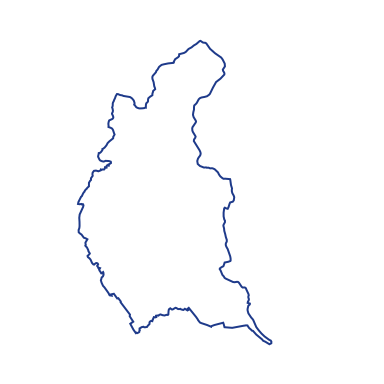 Bozovici, Caras-Severin, Romania (Robinson projection), rotated 12°
{"feature_id": "2599482B43426920958280", "entity_name": "Bozovici", "entity_type": "district", "adm_level": 2, "iso_a3": "ROU", "parent_name": "Romania", "parent_adm1": "Caras-Severin", "projection": "robinson", "projection_center": [21.961, 45.006], "detail": "fine", "context": "isolated", "style": "outline", "palette": "blue", "viewbox_px": 384, "rotation_deg": 12, "n_neighbors": 0, "source": "geoboundaries", "source_scale": "gbopen_adm2", "svg_char_len": 6007}
<svg xmlns="http://www.w3.org/2000/svg" viewBox="0 0 384 384"><g transform="rotate(12 192 192)"><path d="M301.0,323.5L300.8,322.0L300.0,321.0L298.1,320.5L293.0,318.2L289.4,316.0L286.1,313.5L283.0,310.8L278.6,304.6L277.8,303.8L275.9,302.4L272.4,299.0L271.1,296.5L270.7,295.1L270.7,293.1L270.8,291.4L271.7,290.3L271.9,289.9L271.8,289.1L269.5,288.9L269.5,287.6L269.9,286.5L270.0,285.4L269.7,284.5L269.1,283.7L268.8,282.3L269.0,281.2L268.4,280.0L265.3,275.9L264.8,275.0L263.5,274.4L261.4,274.9L260.3,274.4L256.7,270.9L255.7,270.4L254.7,270.5L252.4,271.4L250.8,271.5L243.0,269.7L241.7,269.2L240.7,268.0L239.0,266.8L236.2,262.7L235.2,261.8L235.1,261.0L236.5,259.4L238.1,258.1L238.3,257.1L238.6,254.2L242.0,252.7L243.9,251.5L244.0,250.8L243.5,248.8L242.7,246.9L238.7,240.3L237.4,238.9L236.3,237.4L235.9,236.2L235.8,235.1L236.3,233.3L236.0,231.6L234.5,229.1L233.2,226.2L231.7,223.4L230.9,220.9L229.7,218.5L229.7,217.4L230.5,214.7L230.2,213.2L229.3,212.2L228.0,209.3L227.2,205.6L226.9,201.3L227.4,200.5L228.7,200.9L230.4,201.0L230.9,199.1L231.2,195.7L231.5,194.3L233.9,193.0L234.6,191.5L234.4,188.3L233.5,186.8L231.8,184.9L230.9,183.2L230.5,181.7L230.4,180.2L228.7,177.1L226.9,172.1L226.6,171.5L221.6,172.1L220.2,172.5L219.0,172.2L216.4,170.8L214.7,169.2L213.3,167.4L209.4,165.0L207.5,164.6L206.6,164.6L204.8,165.1L203.9,164.9L202.9,164.8L201.4,165.2L200.7,165.0L198.6,165.6L194.4,164.9L191.8,163.4L190.7,160.6L190.9,158.2L191.4,156.7L192.1,155.3L192.5,154.0L192.5,152.7L192.0,151.4L190.8,149.7L183.2,141.8L183.1,140.2L183.9,138.3L184.0,137.0L183.5,136.4L180.4,133.1L179.6,131.9L179.0,129.8L179.0,128.6L181.2,123.2L181.3,122.3L180.9,121.5L178.0,118.4L176.9,116.3L176.7,113.6L176.8,111.0L176.3,108.5L176.2,107.0L176.5,106.4L177.1,105.7L178.1,104.0L179.3,99.9L180.2,98.6L181.6,97.6L184.5,96.4L186.8,95.2L188.6,93.2L189.1,92.3L190.8,85.5L192.7,79.4L196.3,75.2L199.2,70.4L199.1,69.4L198.9,68.9L198.1,67.9L197.2,67.0L196.7,65.8L198.1,62.3L197.3,59.6L194.4,56.0L192.6,54.4L185.7,51.5L179.9,48.2L175.1,43.7L174.0,43.3L172.4,43.5L171.5,43.5L168.9,42.4L168.1,42.8L165.5,46.3L163.3,48.3L161.5,50.6L158.9,52.8L156.7,56.4L155.2,57.7L150.8,59.9L151.1,61.8L150.5,62.9L147.9,65.6L147.1,68.4L147.3,68.8L147.3,69.1L147.1,69.5L141.9,71.2L137.8,73.0L135.8,74.0L133.9,76.3L133.6,77.0L132.9,79.3L131.9,81.1L131.8,82.4L129.5,86.5L129.3,87.8L129.8,89.6L131.6,92.5L133.1,96.4L134.2,98.1L134.6,99.1L133.0,101.2L133.0,103.0L132.8,103.6L133.1,105.6L131.2,107.5L129.8,109.4L129.8,110.8L130.1,112.3L130.0,112.9L129.6,113.7L129.0,114.4L128.8,115.0L128.8,116.4L129.3,119.1L128.8,119.1L128.0,119.8L126.6,120.3L124.1,121.0L122.9,121.2L121.0,121.0L119.8,120.6L117.8,118.8L117.6,118.4L117.3,118.4L117.4,117.3L117.2,116.7L116.0,114.6L114.0,113.0L113.0,112.5L111.6,112.0L104.9,112.3L103.7,112.0L101.5,112.1L99.1,111.6L98.2,111.8L97.4,114.3L97.2,116.2L96.6,118.6L96.6,119.3L96.1,121.0L96.1,122.1L96.4,123.4L96.5,124.7L96.3,125.9L96.9,126.8L97.8,129.0L97.8,130.2L97.4,131.8L97.6,132.4L98.6,133.6L99.2,134.6L99.5,135.3L99.5,136.0L99.1,136.9L98.7,137.3L96.2,139.1L96.0,139.7L96.0,140.2L95.9,140.9L96.0,142.7L96.6,144.5L96.8,145.8L99.1,146.1L100.7,146.6L101.8,147.7L103.7,151.0L104.3,151.8L104.1,152.6L103.5,154.3L103.7,155.9L100.6,159.7L99.3,161.7L98.6,164.2L97.3,166.7L96.1,168.1L95.4,168.6L95.6,169.5L95.5,170.0L94.6,171.9L93.8,172.9L92.7,173.3L92.8,174.5L92.7,175.6L92.8,177.0L94.8,179.6L95.6,180.2L96.4,180.4L97.6,180.6L99.2,180.6L100.0,180.2L100.9,179.5L104.3,179.0L106.2,179.2L106.5,179.6L106.7,180.6L105.8,181.5L104.3,182.7L104.4,183.3L105.1,183.4L105.1,183.6L103.7,183.6L103.2,183.8L103.0,184.5L103.4,185.9L103.0,186.1L102.1,185.8L101.8,185.8L101.7,187.5L101.3,188.3L99.6,188.6L99.1,189.1L98.2,188.9L98.1,189.9L96.1,191.2L93.5,191.0L92.8,191.4L92.0,191.5L91.7,191.7L90.8,193.7L90.9,195.3L91.5,196.8L90.3,199.6L90.7,201.2L90.0,202.3L89.3,204.4L90.0,207.9L88.7,209.7L88.3,210.8L87.8,211.3L87.4,212.0L86.9,213.0L86.8,214.0L86.3,214.7L85.8,216.0L85.1,219.0L84.5,219.7L83.0,225.4L83.0,227.4L84.9,227.3L86.1,226.7L86.6,226.7L87.0,227.1L87.8,226.6L88.6,227.5L88.6,229.2L86.8,237.3L87.1,240.7L88.2,244.7L89.1,248.7L89.3,250.7L89.0,252.8L89.6,255.0L91.1,255.9L92.8,256.6L95.7,259.2L97.6,259.4L99.5,260.0L98.3,263.6L98.6,264.8L99.1,265.8L98.8,266.6L99.2,267.1L100.7,268.0L102.5,270.3L103.1,271.6L104.8,273.3L104.6,274.1L103.1,276.3L103.7,277.3L105.5,278.2L106.8,279.2L109.0,282.2L110.5,283.3L111.3,283.4L112.0,282.4L112.9,281.5L113.6,281.3L114.5,281.5L115.2,282.2L115.0,283.2L114.6,284.0L114.8,284.3L115.6,284.9L116.1,285.7L117.0,285.5L117.9,285.6L117.7,286.3L117.1,286.8L117.8,288.0L119.0,289.1L120.1,290.4L121.0,290.3L121.2,289.4L121.7,288.8L122.2,289.5L122.7,291.4L122.4,293.1L121.4,294.4L121.4,295.9L121.2,297.3L122.4,299.5L124.5,302.3L126.1,303.4L131.0,307.9L132.0,309.0L132.4,309.7L133.1,310.2L135.0,310.1L134.3,308.9L136.7,307.8L141.0,311.7L142.0,311.2L145.1,313.9L145.1,314.7L156.8,324.8L156.9,326.5L161.5,331.1L159.0,333.7L163.3,338.8L166.3,341.6L166.6,341.1L167.6,341.5L169.0,340.5L169.5,339.9L169.4,338.7L169.7,338.3L169.6,337.9L169.1,337.0L169.1,336.3L170.2,335.4L170.6,334.8L172.5,333.9L173.4,334.2L174.2,334.1L176.1,333.3L176.6,331.9L177.4,330.8L177.9,329.9L177.6,328.9L177.6,328.0L178.1,327.2L178.8,326.6L180.0,326.6L180.0,325.5L180.3,325.0L180.2,324.7L180.7,322.3L182.1,322.3L183.0,321.8L182.5,320.8L182.5,320.5L184.2,319.9L184.9,319.9L185.6,318.9L186.7,318.3L188.7,318.6L190.8,318.5L192.7,317.4L193.9,317.3L194.3,316.7L193.8,313.2L193.8,311.6L194.9,310.3L196.7,311.1L197.5,310.9L199.9,308.7L200.7,308.7L202.7,309.4L204.1,309.1L204.9,308.7L205.7,309.1L207.8,309.2L208.2,309.1L209.3,307.7L212.2,308.8L213.1,308.0L211.9,307.3L212.9,306.0L222.1,313.5L224.2,315.5L224.6,316.1L225.1,316.5L225.7,317.0L226.9,318.0L228.3,318.3L234.6,319.0L238.7,319.8L238.7,319.3L241.5,317.5L249.7,313.4L250.6,314.9L251.9,317.5L259.6,316.5L270.0,312.2L272.6,311.2L274.0,311.0L274.5,311.6L276.2,313.2L278.6,314.5L279.3,315.1L280.6,315.2L284.5,318.1L291.2,321.6L292.5,322.7L294.8,323.2L299.4,324.8L301.0,323.5Z" fill="none" stroke="#1e3a8a" stroke-width="2"/></g></svg>